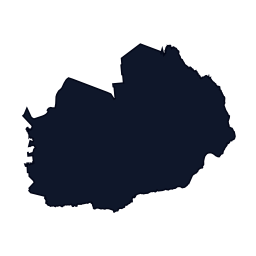 South Waikato District, Waikato, New Zealand (Natural Earth projection), rotated 265°
{"feature_id": "76426892B10420121574176", "entity_name": "South Waikato District", "entity_type": "district", "adm_level": 2, "iso_a3": "NZL", "parent_name": "New Zealand", "parent_adm1": "Waikato", "projection": "natural_earth1", "projection_center": [175.86, -38.168], "detail": "fine", "context": "isolated", "style": "filled", "palette": "ink", "viewbox_px": 256, "rotation_deg": 265, "n_neighbors": 0, "source": "geoboundaries", "source_scale": "gbopen_adm2", "svg_char_len": 5775}
<svg xmlns="http://www.w3.org/2000/svg" viewBox="0 0 256 256"><g transform="rotate(265 128 128)"><path d="M56.9,44.0L57.1,44.6L57.0,45.9L57.3,46.6L56.1,48.9L56.9,50.2L56.4,51.1L56.8,52.6L56.8,53.7L55.7,54.9L55.5,55.6L55.6,56.0L56.5,56.8L56.4,57.5L57.1,57.8L57.2,58.1L56.8,59.9L56.9,60.8L56.6,63.2L57.1,64.7L56.8,65.2L55.4,65.6L54.8,66.1L54.8,66.8L56.0,67.7L54.8,69.2L54.7,69.8L54.9,70.4L56.2,70.4L56.6,71.0L56.2,75.0L56.7,76.1L56.6,77.0L57.0,80.0L56.7,81.4L57.5,82.9L57.4,84.7L57.0,85.4L56.4,85.0L55.4,86.1L53.9,86.2L51.7,86.8L51.1,86.7L50.5,87.3L50.5,88.2L50.8,88.3L51.0,89.0L51.1,91.1L49.9,94.1L50.1,95.5L49.3,98.0L49.8,98.8L49.5,101.7L47.8,105.7L47.0,106.5L45.7,106.6L45.5,106.8L46.5,108.7L46.4,109.8L46.6,110.7L48.1,111.3L48.5,111.9L48.8,113.2L48.5,114.8L49.3,116.5L49.5,117.5L50.7,117.9L51.5,118.4L51.6,118.9L51.3,120.0L52.4,121.4L53.1,123.2L53.7,123.7L55.0,124.1L55.0,124.5L54.2,125.0L54.1,125.5L54.6,125.8L57.0,125.7L58.8,126.7L59.0,127.1L58.2,127.7L58.2,128.4L59.1,129.3L59.9,128.8L60.3,128.9L60.5,130.2L61.5,131.8L61.6,132.9L62.1,134.8L61.6,135.7L61.6,136.7L61.2,137.7L61.5,140.1L61.4,142.0L62.4,144.1L62.8,145.5L62.6,146.8L62.9,147.8L62.1,149.7L62.5,150.5L63.8,151.6L62.8,152.5L62.9,157.0L63.4,159.1L63.9,160.0L63.8,160.6L63.4,161.0L62.9,162.9L63.6,164.2L63.6,166.4L63.4,166.8L63.8,167.7L64.0,170.0L65.4,172.1L65.3,174.5L64.9,175.5L63.9,176.8L64.2,179.3L66.0,182.0L66.9,182.3L67.2,183.5L75.3,188.0L76.3,189.4L76.6,190.3L77.3,191.0L77.2,191.6L77.5,192.1L79.0,193.7L79.9,194.0L81.0,195.2L81.8,196.8L81.9,198.6L82.2,198.8L84.4,198.8L84.5,199.8L85.2,200.1L88.5,200.3L91.7,201.3L93.5,202.1L95.2,203.7L95.8,204.5L96.2,205.7L96.3,207.6L96.0,209.1L95.2,210.5L94.1,211.9L93.0,212.9L92.3,214.0L91.6,215.3L91.6,216.6L92.4,216.7L92.9,217.6L93.7,218.0L94.4,220.1L97.1,220.9L98.5,222.1L99.9,222.8L101.8,224.6L102.7,225.2L103.2,224.7L104.6,225.7L103.9,226.4L103.9,226.7L104.8,227.7L106.2,228.4L106.6,229.2L106.3,230.2L107.2,230.8L107.5,232.4L108.5,233.2L110.4,233.9L114.9,233.4L115.8,232.6L117.5,232.1L118.0,231.4L118.5,231.6L119.3,230.0L120.8,228.3L121.2,228.4L121.8,228.8L123.5,228.3L126.0,228.2L129.2,229.6L131.1,230.0L131.7,229.5L132.3,228.7L133.6,228.5L137.1,226.8L142.0,225.5L143.2,225.7L144.3,226.4L145.1,226.5L146.2,226.3L147.1,226.5L147.2,226.3L148.5,226.8L149.9,226.8L150.7,226.5L151.2,225.7L152.5,225.5L152.9,225.1L155.1,224.5L155.6,224.0L156.7,224.0L157.6,223.5L157.8,223.0L158.2,222.5L158.8,222.9L161.0,222.8L161.5,221.9L161.0,221.2L161.1,220.8L162.3,220.2L162.9,219.4L164.2,219.1L164.8,218.3L166.0,217.4L166.3,216.8L167.5,216.0L167.8,215.5L169.3,215.0L169.3,214.7L170.1,214.1L171.0,214.4L170.7,213.4L170.8,213.0L172.2,212.9L171.6,212.6L171.7,212.3L172.3,211.5L173.0,211.1L173.3,210.5L173.0,209.5L172.4,208.9L172.1,208.0L172.0,206.4L171.3,206.2L171.2,205.9L171.4,205.3L171.0,205.4L170.9,204.8L171.7,204.3L173.2,204.2L173.7,203.7L174.6,203.1L174.8,202.6L175.3,202.1L176.0,202.3L176.0,202.1L176.5,202.0L176.8,201.7L178.1,201.4L178.4,200.5L178.8,200.7L179.2,200.6L178.7,199.4L178.8,198.8L179.3,198.7L179.8,198.0L180.7,197.8L180.8,197.3L181.3,197.1L181.4,196.7L180.8,196.6L180.9,196.2L181.8,196.3L182.5,196.1L183.2,195.2L183.1,194.9L182.6,194.5L182.3,193.3L181.8,192.9L182.8,193.2L183.6,193.0L186.3,190.0L188.3,189.3L189.6,188.5L191.2,188.0L192.5,186.3L194.6,186.1L195.8,185.4L197.6,184.7L199.2,185.2L200.1,185.1L201.2,183.8L203.0,182.9L204.0,181.1L204.5,180.8L204.7,180.3L204.3,179.9L204.0,180.1L203.9,180.0L203.9,179.6L204.4,179.4L204.2,178.6L203.5,178.3L205.1,177.4L205.9,177.7L206.6,177.2L206.6,176.9L206.0,176.6L206.5,175.6L206.2,175.3L206.5,174.6L205.9,174.7L205.6,173.7L205.1,173.3L204.8,173.3L204.9,173.9L204.5,173.8L204.2,173.5L204.1,172.8L203.6,172.9L203.4,172.6L202.6,172.3L202.3,172.5L201.9,172.0L201.7,172.4L201.3,172.4L201.0,172.2L200.9,171.8L200.3,172.0L199.7,171.9L199.6,171.6L199.1,171.8L198.9,171.2L199.0,170.8L198.6,170.5L198.4,170.8L198.0,170.7L198.1,170.0L197.8,170.2L197.5,170.0L203.9,169.0L199.8,167.4L201.2,167.0L210.5,147.6L198.0,127.6L191.7,127.6L191.3,126.6L181.8,126.6L181.8,127.5L173.2,127.5L173.2,116.8L170.4,116.9L169.7,118.1L168.5,117.8L158.7,117.9L157.9,116.6L163.3,113.8L165.1,110.5L181.3,77.0L183.0,73.1L181.6,71.0L180.6,70.2L178.3,68.5L173.8,65.9L172.6,64.7L170.8,62.2L167.7,60.1L165.4,59.2L158.4,58.3L154.7,57.3L154.3,56.8L154.3,56.2L154.5,54.4L155.0,52.7L154.6,51.0L153.6,49.8L152.7,49.2L152.3,49.3L151.4,50.1L150.9,50.0L148.9,47.9L147.8,45.8L147.1,43.6L145.2,35.7L145.3,34.5L146.9,32.6L147.7,32.2L156.5,29.0L150.5,25.9L149.3,24.4L138.6,32.8L138.0,32.8L135.0,31.7L134.8,31.0L135.2,31.2L135.3,31.1L135.5,30.0L135.2,29.9L134.9,28.7L135.6,28.7L137.2,28.2L137.1,27.6L136.1,26.7L135.6,26.6L135.4,27.2L134.3,27.1L133.8,27.3L133.7,27.7L133.4,27.9L133.7,28.3L133.6,28.6L133.0,28.5L132.8,28.1L132.5,28.5L131.6,28.3L130.6,28.7L130.6,29.0L127.3,28.7L127.6,29.0L127.0,30.7L126.6,30.5L126.5,31.9L125.6,32.6L125.5,32.4L125.0,32.3L123.9,32.7L122.6,32.4L122.4,32.0L123.8,29.4L118.3,27.5L118.4,28.4L118.8,28.5L118.7,28.7L118.8,28.9L118.7,29.0L119.1,29.1L118.7,29.6L119.1,31.0L118.8,33.0L116.2,34.2L115.7,33.2L115.1,32.5L111.8,31.3L111.4,30.3L111.5,29.9L111.2,29.2L111.2,28.7L110.3,27.0L110.5,27.1L112.3,26.2L112.2,26.0L108.8,26.0L108.9,30.8L101.8,31.0L102.1,30.5L101.4,30.6L101.5,30.0L101.3,29.3L101.1,29.1L100.7,29.3L100.8,28.7L101.2,28.3L100.7,28.2L100.8,27.6L100.6,27.3L100.1,27.4L99.9,26.7L100.5,25.9L101.6,26.0L101.4,25.6L101.6,25.1L101.0,24.8L101.5,24.4L101.0,24.2L100.5,24.9L100.2,24.6L100.2,24.3L100.6,24.0L101.0,22.1L99.0,22.6L98.8,23.1L99.0,24.3L92.5,24.1L92.1,25.6L88.5,25.4L84.2,29.1L82.0,30.1L76.7,24.3L75.9,25.0L74.2,23.9L72.1,25.5L67.3,39.6L65.4,39.0L65.2,39.9L64.0,39.6L63.2,40.3L62.2,40.1L61.7,40.8L61.2,39.9L60.3,39.7L59.4,41.3L58.9,41.1L58.1,41.8L57.9,42.8L56.9,44.0Z" fill="#0f172a" stroke="#020617" stroke-width="1.5"/></g></svg>